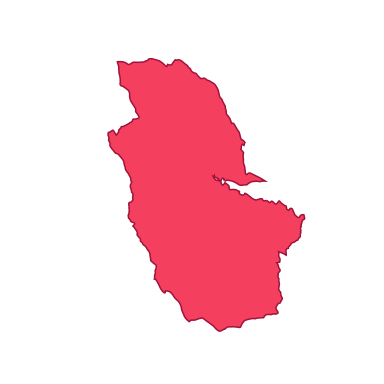 Quetame, Cundinamarca, Colombia (Equal Earth projection), rotated 141°
{"feature_id": "7082276B8666631490654", "entity_name": "Quetame", "entity_type": "district", "adm_level": 2, "iso_a3": "COL", "parent_name": "Colombia", "parent_adm1": "Cundinamarca", "projection": "equal_earth", "projection_center": [-73.872, 4.33], "detail": "fine", "context": "isolated", "style": "filled", "palette": "rose", "viewbox_px": 384, "rotation_deg": 141, "n_neighbors": 0, "source": "geoboundaries", "source_scale": "gbopen_adm2", "svg_char_len": 6031}
<svg xmlns="http://www.w3.org/2000/svg" viewBox="0 0 384 384"><g transform="rotate(141 192 192)"><path d="M276.1,148.1L275.5,147.3L275.2,146.2L276.0,141.5L277.1,137.2L277.4,134.2L277.4,133.0L277.0,131.2L276.7,130.7L276.0,130.8L275.4,131.6L274.8,131.8L273.5,130.6L271.9,128.3L271.6,124.6L271.9,122.4L272.0,119.7L271.4,115.7L271.5,113.8L272.2,110.6L274.2,106.8L276.3,99.8L276.4,96.6L275.9,93.2L275.4,92.9L273.8,93.1L272.5,92.4L271.7,91.6L269.7,90.3L267.1,89.5L263.9,88.1L263.4,87.6L262.7,86.1L262.1,83.3L260.7,78.4L259.7,74.2L259.6,71.2L259.2,68.8L258.6,67.2L258.2,66.5L256.4,65.7L253.4,65.2L253.0,64.8L249.6,64.8L249.1,64.6L244.5,61.1L242.4,59.1L240.3,56.8L239.8,56.5L239.2,56.5L236.3,58.0L233.5,58.8L231.7,58.9L229.3,58.0L225.2,56.0L222.4,53.6L220.6,52.9L217.8,51.0L215.9,49.5L215.2,49.3L214.3,49.8L211.7,50.0L209.7,48.8L207.8,47.0L205.2,45.9L204.0,44.6L202.6,43.9L201.5,43.8L200.9,44.3L200.7,44.9L200.3,48.1L199.9,48.8L198.9,49.7L196.9,50.6L195.5,50.9L194.4,50.8L193.1,50.3L191.2,51.4L190.1,51.6L188.9,52.3L188.5,53.1L188.2,54.7L187.7,56.1L186.1,58.5L186.4,60.0L185.7,62.1L181.8,65.7L180.3,68.6L179.1,69.9L178.5,72.1L178.1,72.7L177.1,73.3L176.1,74.7L173.7,75.1L172.8,75.7L172.3,76.9L172.3,78.2L171.0,81.1L170.7,83.7L168.1,82.3L167.1,83.0L165.6,84.8L165.1,87.5L163.1,89.7L162.3,91.2L159.6,86.5L158.6,83.6L158.2,83.9L156.1,87.1L155.2,87.9L154.5,88.2L154.0,88.2L152.6,87.6L151.8,88.4L148.3,89.0L147.0,89.7L144.0,88.7L142.4,88.5L141.5,88.7L140.4,88.1L139.7,88.2L138.1,89.0L136.5,88.9L135.6,89.5L134.5,91.1L133.1,91.8L132.5,93.1L131.8,93.2L130.7,95.2L130.3,95.8L129.7,96.2L128.7,96.4L128.5,97.5L127.5,97.9L126.9,98.6L126.1,98.8L125.5,99.6L123.9,100.2L123.5,100.6L122.0,100.2L121.2,100.4L119.4,103.7L120.0,104.6L120.7,105.2L121.3,105.2L122.4,105.6L124.2,104.7L124.8,104.7L125.4,105.3L126.1,107.0L126.4,109.7L125.2,114.0L124.7,115.6L125.1,116.8L126.0,117.4L126.5,117.4L128.2,116.8L129.1,118.7L129.0,119.5L128.2,120.7L127.7,121.9L128.5,122.9L129.2,125.5L129.6,127.7L129.7,130.0L130.1,130.3L133.3,129.6L134.3,129.8L134.8,130.1L135.0,130.7L135.1,132.6L135.6,134.5L136.3,134.9L137.6,134.7L138.5,135.2L138.8,135.6L138.7,136.5L139.2,138.0L139.9,138.8L141.4,139.6L142.0,140.2L142.0,140.9L141.8,141.9L142.0,142.9L143.2,143.8L147.0,145.3L148.1,146.5L149.2,148.9L150.6,155.2L151.3,157.2L151.8,157.7L152.9,157.0L154.3,157.5L155.0,158.2L155.9,159.7L156.1,161.0L155.9,161.6L155.0,162.1L154.9,163.1L155.2,163.3L156.2,165.6L156.9,166.7L158.9,168.5L160.6,169.6L161.2,170.2L161.3,170.6L161.1,171.1L159.9,172.6L159.4,174.1L160.5,178.6L160.9,178.3L163.2,177.8L163.7,178.1L164.0,178.8L164.0,179.2L163.7,180.6L163.3,181.3L163.3,182.6L163.9,183.9L165.8,186.0L166.1,187.3L166.0,189.7L165.7,191.0L165.4,190.5L164.3,190.8L164.7,190.2L164.7,189.8L164.8,188.9L164.6,188.5L163.8,187.7L163.9,187.3L163.8,186.8L163.6,186.7L163.7,186.3L163.1,185.6L163.9,184.5L162.4,182.4L161.5,183.1L161.1,183.3L160.0,183.3L159.5,183.5L159.2,183.1L158.8,182.4L159.6,181.5L159.1,181.2L159.1,179.6L158.3,179.5L156.9,178.8L154.1,175.5L152.4,172.4L150.8,167.8L149.7,166.3L146.7,164.5L144.9,163.1L142.6,163.1L139.6,162.6L138.5,162.1L135.2,159.9L132.4,157.0L130.8,156.5L128.2,154.3L130.4,160.5L134.8,170.0L135.2,170.5L135.8,170.9L137.4,171.2L138.4,171.0L138.6,171.4L138.9,172.4L138.7,173.0L138.2,173.6L135.2,178.4L133.6,182.5L131.7,184.7L129.5,188.0L127.1,190.3L127.2,194.4L126.4,194.8L124.8,196.6L122.9,197.6L122.3,195.5L119.6,197.3L119.6,198.4L120.0,200.7L120.6,201.5L120.6,202.1L119.8,204.2L118.1,207.8L117.6,209.4L117.6,211.6L116.5,218.4L116.6,219.3L117.0,219.9L118.1,220.5L116.9,223.4L116.3,225.6L116.1,228.4L116.2,229.4L116.2,230.9L115.9,231.4L114.6,233.1L113.1,236.5L112.1,238.0L111.2,243.0L110.5,244.9L110.6,248.0L110.4,248.8L107.5,254.9L106.9,257.3L106.6,260.1L106.6,261.4L106.8,262.5L108.3,266.9L109.8,269.5L110.5,272.3L111.5,273.3L113.2,274.0L113.9,275.1L114.3,278.6L114.2,281.4L114.6,282.2L115.6,283.5L116.3,285.6L116.3,287.3L116.0,287.8L115.7,288.7L116.3,291.1L116.0,292.7L116.1,293.7L116.9,296.6L117.6,300.5L118.4,302.2L119.5,303.5L121.0,304.1L121.8,305.3L125.1,304.6L127.9,303.7L129.4,304.7L130.6,306.5L132.6,305.4L133.1,306.3L133.8,311.0L134.8,314.5L138.7,320.1L140.1,321.6L142.0,322.6L143.7,322.2L146.2,323.2L147.5,323.3L151.8,326.3L155.9,329.8L157.1,330.1L159.2,330.2L161.1,331.0L161.4,331.5L162.1,334.0L163.1,335.7L163.9,336.8L166.4,339.1L168.0,340.2L168.3,339.8L169.9,335.8L173.7,330.6L175.9,326.1L178.3,322.9L180.2,320.9L180.3,320.5L180.3,319.3L179.1,317.3L178.2,314.2L177.6,311.6L177.5,310.4L178.2,308.4L179.0,307.1L180.3,305.7L181.9,302.6L182.4,300.9L183.3,292.7L183.6,291.9L185.2,289.9L185.6,284.5L186.2,283.3L187.0,283.0L188.9,283.7L190.5,284.5L191.7,285.6L192.7,285.4L194.0,284.6L195.4,284.5L196.2,284.9L199.1,285.1L204.0,286.1L205.6,287.2L206.0,287.2L206.8,286.7L209.6,286.3L210.0,286.2L211.5,284.6L212.9,284.5L214.3,283.8L215.1,283.8L215.2,284.1L214.8,285.5L214.6,288.1L214.3,289.3L214.6,289.8L215.5,290.1L216.1,289.9L217.1,290.3L218.2,290.2L219.5,290.9L220.7,290.0L221.5,288.9L222.3,286.5L224.2,284.8L225.1,281.3L226.1,280.3L226.8,279.2L227.1,276.1L227.0,273.7L227.1,270.5L225.7,268.3L225.5,267.8L225.4,261.1L225.7,259.2L226.2,258.0L227.2,256.4L228.3,253.4L229.2,252.0L229.6,250.8L229.8,249.2L229.9,245.7L230.2,245.1L230.8,241.5L232.3,239.3L232.9,237.4L235.6,236.1L236.8,234.7L237.8,231.9L239.1,229.8L238.9,228.3L239.1,227.7L239.7,226.9L241.6,225.1L242.9,223.0L245.2,222.5L245.8,222.6L247.3,223.3L248.2,223.0L248.8,222.4L250.0,220.3L251.0,219.3L252.2,217.3L253.4,216.3L253.6,215.6L256.3,214.0L257.3,212.4L257.8,211.4L257.5,210.2L257.6,209.2L258.1,207.9L257.6,206.3L256.6,205.0L256.4,203.9L256.5,203.5L256.9,203.1L259.4,202.7L259.2,201.5L259.5,196.5L260.4,194.0L261.2,193.9L261.8,192.7L261.7,189.6L261.5,188.5L261.9,187.6L262.7,186.8L263.0,186.0L262.6,183.9L263.1,181.8L262.6,180.2L262.4,177.6L262.9,175.1L262.8,172.6L263.9,170.1L267.0,164.9L267.3,164.6L266.7,160.7L266.0,158.5L266.0,157.5L267.4,155.8L268.7,154.7L269.2,154.7L270.4,153.8L271.4,152.1L273.3,150.9L274.2,150.0L274.6,149.1L276.1,148.1Z" fill="#f43f5e" stroke="#9f1239" stroke-width="1.5"/></g></svg>